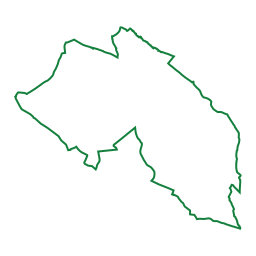 Bunesti, Suceava, Romania (Equal Earth projection)
{"feature_id": "2599482B56325809571103", "entity_name": "Bunesti", "entity_type": "district", "adm_level": 2, "iso_a3": "ROU", "parent_name": "Romania", "parent_adm1": "Suceava", "projection": "equal_earth", "projection_center": [26.308, 47.515], "detail": "fine", "context": "isolated", "style": "outline", "palette": "green", "viewbox_px": 256, "rotation_deg": 0, "n_neighbors": 0, "source": "geoboundaries", "source_scale": "gbopen_adm2", "svg_char_len": 5723}
<svg xmlns="http://www.w3.org/2000/svg" viewBox="0 0 256 256"><path d="M196.9,219.1L199.2,218.8L203.0,218.9L204.0,219.0L204.9,218.9L206.2,218.6L208.7,218.4L209.9,218.5L211.6,219.5L213.2,220.9L214.5,221.1L216.8,221.1L217.1,221.1L221.3,222.8L224.6,223.5L225.4,224.0L232.1,226.2L234.6,226.9L240.1,228.6L240.3,227.9L239.9,227.3L239.7,226.4L238.9,225.8L238.6,225.0L237.9,224.6L237.7,223.4L237.3,222.5L237.2,221.3L236.1,218.6L235.5,217.8L235.5,217.3L234.8,216.5L234.2,216.2L234.0,215.2L234.0,214.5L233.2,210.8L234.0,209.1L232.5,205.8L231.9,204.7L231.7,204.2L231.5,203.2L231.0,202.4L229.4,200.0L229.7,198.8L229.6,198.6L228.7,197.0L230.8,192.8L231.3,191.8L231.3,191.4L230.3,188.5L229.8,188.1L229.9,187.9L230.7,186.9L231.1,186.2L231.4,185.4L231.7,184.8L232.5,185.0L233.0,185.2L233.2,185.4L233.5,185.9L234.5,187.1L235.6,188.2L236.4,189.0L239.7,192.4L239.8,188.8L240.3,181.4L240.1,180.4L240.2,180.0L239.8,179.2L239.2,178.1L239.0,177.4L240.0,176.6L240.5,175.9L240.6,175.4L240.2,174.7L237.4,172.5L236.9,171.7L236.7,170.2L236.5,169.8L236.3,168.2L236.2,166.8L236.3,164.2L236.2,164.1L236.2,163.1L236.5,162.5L236.5,161.0L236.9,159.4L236.9,158.8L236.8,158.1L236.5,157.5L236.3,156.4L236.3,154.1L236.7,151.7L236.6,151.1L237.3,150.2L237.3,149.6L237.6,146.8L239.0,142.6L239.2,141.4L239.4,139.6L239.2,138.6L238.8,137.9L238.7,137.6L238.9,134.8L238.8,133.0L238.4,132.3L234.9,127.0L234.6,126.0L233.4,124.4L232.9,123.5L231.4,121.3L228.0,115.9L227.3,114.4L226.4,114.2L224.1,113.3L222.7,112.6L221.0,112.0L217.9,112.0L217.1,111.7L214.1,109.6L213.4,109.1L212.9,108.4L212.4,107.4L211.8,106.7L211.3,105.7L211.0,104.8L211.0,104.0L211.3,101.6L210.8,100.9L210.0,100.0L207.9,98.7L206.0,97.9L204.1,97.5L203.7,97.4L203.2,97.0L201.9,95.4L201.1,93.8L200.3,91.6L200.1,91.1L199.0,89.7L196.9,87.7L196.4,87.2L195.9,86.7L195.5,86.2L194.6,85.3L194.3,84.8L193.8,84.3L193.6,83.8L193.5,83.1L193.4,82.8L193.6,82.4L193.5,81.9L193.4,81.7L192.7,81.9L192.0,82.3L189.8,80.6L185.7,77.8L182.0,74.9L179.6,72.7L175.4,69.5L172.5,67.0L170.1,65.2L168.2,63.4L173.9,56.4L172.9,56.1L172.5,55.9L172.1,55.7L171.1,55.3L170.1,55.0L169.8,54.8L169.6,54.6L168.8,54.3L167.2,53.7L166.5,53.6L164.4,52.8L164.1,52.8L163.7,52.6L163.3,52.4L162.7,52.3L162.0,52.0L161.5,52.0L161.2,52.2L160.7,52.0L160.5,51.8L160.3,51.4L159.1,50.9L158.5,50.9L158.6,50.6L158.6,50.4L158.1,49.7L157.5,49.5L157.1,49.1L156.8,49.1L156.6,48.7L155.8,48.4L155.6,48.1L155.3,48.1L155.0,47.9L154.6,47.8L154.4,47.7L154.3,47.8L154.1,47.7L153.8,47.8L153.6,47.7L153.5,48.0L153.4,48.1L153.3,47.9L153.0,47.7L152.7,47.8L152.3,47.5L152.1,46.9L151.9,46.8L151.5,46.3L151.1,46.2L150.7,45.8L150.6,45.3L150.1,45.2L149.3,44.3L148.8,44.2L148.2,43.6L148.0,43.2L147.6,42.9L147.6,42.6L147.4,42.3L147.2,42.3L146.8,42.0L146.4,42.0L146.3,41.9L146.1,41.9L145.8,41.6L145.6,41.3L145.4,41.2L145.1,41.2L144.7,40.9L143.7,40.7L143.2,40.4L142.8,39.9L142.2,38.7L141.5,38.5L141.3,38.4L141.1,37.3L140.9,36.9L140.6,36.7L140.2,36.9L139.6,36.9L139.4,37.3L138.9,37.3L138.7,37.2L138.5,36.9L138.4,36.4L138.2,36.3L137.7,36.2L137.5,35.9L136.5,35.4L136.2,34.6L136.1,33.8L135.5,33.4L135.1,33.5L134.5,32.5L133.7,31.7L133.7,31.2L133.3,31.0L132.6,31.0L132.0,30.4L132.2,30.1L131.2,29.2L130.1,28.5L128.4,30.1L127.3,30.9L127.0,30.9L126.7,30.6L126.5,30.1L126.3,29.8L125.8,29.4L124.7,29.0L122.6,27.8L122.2,27.6L120.5,27.4L120.1,28.5L119.8,30.1L119.4,31.0L118.8,31.9L117.8,33.0L115.9,34.6L114.1,35.6L113.9,35.8L113.2,36.2L112.8,36.2L112.1,36.2L112.1,38.0L112.4,38.6L112.3,39.2L112.6,39.6L112.7,40.1L112.7,41.0L112.9,41.9L113.5,43.6L114.8,45.7L115.3,46.7L115.9,47.6L116.3,48.2L116.0,48.5L116.2,50.1L116.8,51.6L117.3,52.5L117.8,54.4L117.9,54.9L117.8,55.3L117.5,56.8L117.5,57.5L114.1,55.6L113.4,55.2L111.2,54.1L110.1,53.6L107.6,53.0L104.0,51.8L103.3,51.2L97.0,49.0L92.2,47.7L92.3,48.2L91.3,47.6L89.6,46.9L86.1,45.9L83.7,45.1L82.8,44.7L80.5,43.4L75.0,40.2L74.2,39.6L68.3,42.1L67.0,42.5L65.9,42.5L64.7,45.1L64.5,46.3L64.5,47.1L65.1,52.9L62.4,53.3L61.9,53.6L61.7,54.0L60.5,57.4L59.2,59.5L58.9,60.2L58.6,61.0L57.9,63.7L56.9,66.3L55.4,69.5L54.2,71.4L53.9,72.1L53.2,74.5L52.7,75.5L52.2,76.1L50.0,78.5L48.0,80.3L46.8,81.0L45.5,81.5L44.6,82.0L42.7,83.3L40.1,85.2L35.2,88.7L30.5,91.7L28.1,93.1L27.0,93.9L26.7,94.0L25.4,93.2L23.7,92.9L18.8,92.4L18.4,92.4L18.0,92.6L17.7,92.9L17.5,93.3L17.4,93.3L16.4,94.8L15.9,95.8L16.0,96.3L15.9,96.8L15.7,97.0L15.4,97.0L15.8,98.6L19.7,106.0L21.6,109.2L30.3,114.2L33.1,116.7L33.5,117.7L34.1,118.1L35.0,118.4L40.9,123.7L47.4,127.8L58.6,136.2L60.8,139.8L61.6,140.8L65.7,144.3L66.2,144.9L68.2,150.2L70.4,149.9L70.5,149.4L70.9,149.1L74.5,147.8L75.6,147.2L76.2,146.7L78.3,149.4L80.0,151.1L81.7,152.3L82.7,152.8L86.9,154.9L87.2,155.2L87.3,155.7L87.1,156.2L85.4,160.3L84.5,162.0L84.3,162.8L84.4,163.3L84.6,163.6L85.0,164.0L86.9,164.9L87.8,165.5L89.3,165.8L92.0,166.1L94.0,167.9L95.7,169.4L96.4,168.0L97.0,165.5L97.3,164.7L98.4,163.0L99.4,161.4L99.6,160.2L99.5,158.6L98.2,151.5L116.8,149.6L116.7,149.2L116.3,148.1L115.2,147.1L113.7,146.1L113.6,145.6L113.8,144.8L121.0,139.1L135.1,127.6L135.6,131.7L135.9,133.3L137.0,136.6L138.1,138.6L139.6,140.0L140.0,140.8L140.4,141.7L140.7,142.2L141.8,143.2L141.9,143.8L141.9,144.7L141.7,145.6L140.5,149.8L140.3,151.2L140.4,152.9L140.8,154.1L143.4,159.1L143.9,160.1L145.2,162.0L146.6,164.4L147.4,165.2L148.6,165.9L150.4,166.9L151.2,167.5L152.5,169.0L152.9,169.7L153.2,169.9L153.4,170.1L154.4,172.0L154.4,172.6L154.5,173.5L154.5,174.2L154.2,176.5L153.9,177.5L153.3,178.6L152.5,179.7L151.6,180.5L151.4,180.8L158.7,184.3L168.3,188.1L173.6,190.4L172.1,194.4L173.5,195.0L173.7,194.6L177.3,196.4L178.1,197.1L178.8,198.5L181.2,201.6L182.5,202.7L183.1,203.1L184.6,206.3L185.0,206.7L186.6,207.9L190.0,210.5L190.1,211.3L190.0,212.3L190.1,214.4L194.4,214.9L194.7,215.5L195.7,216.8L196.9,219.1Z" fill="none" stroke="#15803d" stroke-width="2"/></svg>